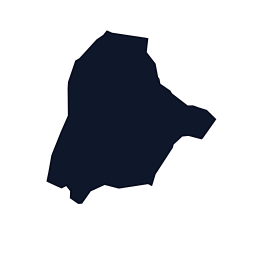 Eket, Akwa Ibom, Nigeria, rotated 25°
{"feature_id": "59680162B97039944509950", "entity_name": "Eket", "entity_type": "district", "adm_level": 2, "iso_a3": "NGA", "parent_name": "Nigeria", "parent_adm1": "Akwa Ibom", "projection": "robinson", "projection_center": [7.954, 4.641], "detail": "fine", "context": "isolated", "style": "filled", "palette": "ink", "viewbox_px": 256, "rotation_deg": 25, "n_neighbors": 0, "source": "geoboundaries", "source_scale": "gbopen_adm2", "svg_char_len": 766}
<svg xmlns="http://www.w3.org/2000/svg" viewBox="0 0 256 256"><g transform="rotate(25 128 128)"><path d="M173.5,169.8L171.8,158.1L172.0,157.0L176.2,127.1L175.6,123.6L180.3,112.1L181.0,111.8L185.8,108.9L199.1,106.5L199.5,105.4L203.5,83.2L191.8,79.1L182.7,80.3L179.2,80.5L177.2,80.9L173.2,82.9L172.3,83.1L153.2,78.8L150.2,76.9L138.2,74.9L135.2,70.7L133.3,69.7L125.3,58.6L112.3,51.9L108.0,38.9L76.4,48.2L73.4,49.1L68.1,49.2L66.9,54.3L62.7,61.4L55.1,85.6L52.5,89.4L54.9,111.5L57.4,117.7L61.2,125.6L69.0,141.9L69.4,159.9L70.8,184.9L75.0,200.7L77.3,210.2L87.2,210.2L93.0,210.1L96.3,205.8L102.8,209.1L105.5,215.5L114.8,217.1L117.7,215.5L120.3,200.8L130.5,188.8L135.1,187.9L145.0,186.1L169.7,169.6L173.5,169.8Z" fill="#0f172a" stroke="#020617" stroke-width="1.5"/></g></svg>